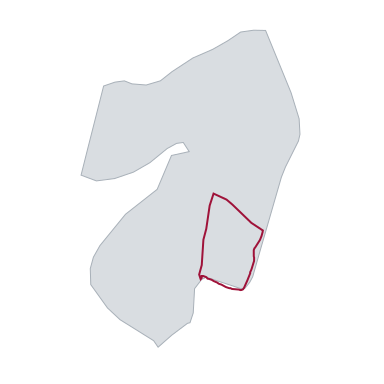 Dorra, Tadjourah, Djibouti shown in context, rotated 162°
{"feature_id": "41766387B22586556456338", "entity_name": "Dorra", "entity_type": "district", "adm_level": 2, "iso_a3": "DJI", "parent_name": "Djibouti", "parent_adm1": "Tadjourah", "projection": "orthographic", "projection_center": [42.487, 12.202], "detail": "fine", "context": "in_parent", "style": "outline", "palette": "rose", "viewbox_px": 384, "rotation_deg": 162, "n_neighbors": 0, "source": "geoboundaries", "source_scale": "gbopen_adm2", "svg_char_len": 1495}
<svg xmlns="http://www.w3.org/2000/svg" viewBox="0 0 384 384"><g transform="rotate(162 192 192)"><path d="M292.3,242.3L279.2,263.2L262.4,289.8L243.3,320.1L231.3,320.3L222.0,318.6L215.7,313.4L202.5,307.9L187.7,307.5L173.6,312.7L149.7,319.2L128.1,321.3L110.8,324.9L96.3,329.1L83.3,326.8L72.1,322.9L69.7,290.8L67.1,255.8L67.5,228.5L71.5,213.5L75.0,207.6L95.4,186.9L102.4,178.5L125.7,144.1L145.7,114.6L160.5,92.6L165.1,88.2L171.4,84.1L175.8,85.3L204.7,106.5L209.8,105.9L219.4,99.3L228.2,76.6L234.3,68.3L236.9,68.5L255.5,62.1L272.2,54.9L274.4,62.4L299.9,92.8L308.2,107.8L316.9,135.2L312.4,150.6L305.9,160.5L296.1,169.5L262.1,191.4L224.3,205.3L200.2,233.1L182.2,231.3L185.0,241.8L191.7,243.0L202.2,241.0L223.0,232.9L241.5,229.0L261.4,228.7L279.5,232.1L292.3,242.3Z" fill="#d9dde1" stroke="#a8b0b8" stroke-width="1"/><path d="M210.7,106.4L209.3,107.3L208.7,109.1L207.4,108.7L204.6,106.5L204.0,104.8L203.2,104.4L202.0,103.6L200.4,102.4L198.9,100.6L195.7,97.8L195.6,97.4L194.7,96.3L192.7,94.9L189.1,91.1L187.9,90.2L186.1,88.9L185.0,88.6L184.3,87.7L183.4,87.2L177.5,84.7L176.4,83.8L175.1,83.5L173.5,83.7L172.2,84.7L171.2,85.8L166.6,90.9L161.7,96.8L161.5,97.7L159.8,99.5L158.8,100.8L154.3,107.2L153.2,110.4L153.1,111.8L151.2,117.7L150.7,118.3L150.0,119.2L149.2,119.6L142.2,125.4L139.6,128.5L137.2,132.1L137.0,132.6L136.5,133.5L145.1,144.3L157.5,167.6L161.5,174.1L172.0,183.8L179.4,173.6L189.8,152.6L195.9,143.1L205.3,119.5L210.7,111.3L210.7,106.4Z" fill="none" stroke="#9f1239" stroke-width="2"/></g></svg>